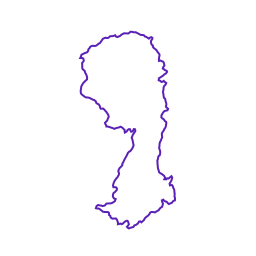 Guaratinguetá, São Paulo, Brazil, rotated 22°
{"feature_id": "56859067B12081064634650", "entity_name": "Guaratinguetá", "entity_type": "district", "adm_level": 2, "iso_a3": "BRA", "parent_name": "Brazil", "parent_adm1": "São Paulo", "projection": "equal_earth", "projection_center": [-45.213, -22.813], "detail": "fine", "context": "isolated", "style": "outline", "palette": "violet", "viewbox_px": 256, "rotation_deg": 22, "n_neighbors": 0, "source": "geoboundaries", "source_scale": "gbopen_adm2", "svg_char_len": 4589}
<svg xmlns="http://www.w3.org/2000/svg" viewBox="0 0 256 256"><g transform="rotate(22 128 128)"><path d="M71.3,54.7L70.6,57.9L70.1,59.9L69.2,60.8L67.9,63.3L66.4,64.5L64.9,64.8L63.6,65.5L62.6,66.8L62.4,68.4L61.8,69.9L62.2,71.7L61.6,73.3L60.0,74.6L59.0,75.7L57.4,77.5L57.6,79.7L57.5,81.0L59.6,80.2L60.6,80.4L61.8,82.1L61.6,83.6L61.1,85.0L62.1,87.0L62.7,88.7L63.7,90.3L64.7,90.7L66.5,91.3L67.8,93.0L69.3,94.1L70.4,95.4L71.3,96.7L71.8,98.3L70.8,100.3L69.6,103.4L69.1,106.8L69.6,108.7L69.9,110.2L70.3,111.5L71.4,113.6L73.1,114.4L74.6,114.8L76.1,115.2L77.7,115.4L79.2,114.8L80.8,114.5L84.9,114.9L86.0,114.7L88.1,115.3L89.3,116.7L90.6,117.0L91.9,117.0L93.7,118.2L94.4,119.4L95.4,120.3L96.7,119.8L97.7,119.3L99.1,119.8L100.6,120.6L101.8,121.1L102.8,121.9L104.0,122.6L105.1,123.6L106.0,125.0L105.8,126.8L105.9,129.0L105.3,130.4L104.7,131.8L105.5,132.8L106.6,133.5L107.4,134.7L108.7,134.2L111.3,134.0L112.8,133.9L114.6,133.8L115.9,133.8L116.7,132.8L117.9,131.9L119.5,130.8L120.6,129.6L121.9,129.7L123.1,130.0L124.3,130.6L125.6,131.0L126.1,132.4L126.8,133.4L128.1,131.7L128.4,130.0L129.1,128.8L130.3,128.4L131.3,129.5L132.3,130.3L133.5,129.5L133.8,126.8L134.8,126.5L135.9,127.8L135.7,129.7L135.4,131.0L135.0,132.4L135.1,133.8L135.0,135.5L136.0,136.6L137.1,138.0L139.7,142.0L139.7,143.7L139.6,145.6L138.8,148.6L137.9,149.5L137.2,151.3L137.2,153.4L137.0,155.2L136.8,156.6L136.5,158.9L136.4,161.6L136.1,163.3L136.7,164.5L136.1,166.4L135.2,168.4L135.0,170.2L135.2,171.7L136.7,173.4L137.0,174.8L136.8,176.2L136.6,177.9L136.1,179.0L135.7,180.6L135.4,182.1L135.3,184.4L135.6,186.9L136.7,188.4L137.9,187.8L139.4,187.5L140.5,188.4L140.8,189.7L139.8,192.5L139.0,193.6L139.0,195.4L139.7,197.3L141.3,198.5L143.2,198.5L143.2,200.8L142.1,202.5L141.1,203.7L139.9,204.5L138.1,205.3L136.3,206.2L135.6,208.4L134.6,209.3L133.5,210.0L132.5,209.9L131.0,210.3L129.1,210.6L128.1,212.2L128.3,214.4L129.6,214.2L130.9,213.7L131.9,213.7L133.1,214.1L134.2,214.4L135.9,215.0L137.3,214.8L138.6,214.3L139.9,213.9L141.0,213.4L142.3,214.0L143.1,215.8L144.5,216.1L145.6,217.6L147.5,217.9L149.1,217.1L150.7,216.4L152.0,217.1L153.1,218.3L154.2,219.5L154.7,221.0L155.9,220.2L157.1,219.3L158.1,219.6L159.0,218.7L159.6,217.2L160.5,215.5L161.8,214.3L162.9,214.5L163.7,215.5L164.9,216.9L164.6,218.6L164.0,220.0L165.0,220.5L166.3,220.8L168.4,219.0L170.1,217.7L170.4,215.9L171.9,214.6L173.0,212.7L173.2,210.7L174.3,210.0L175.7,210.5L176.4,209.1L177.3,207.3L177.4,205.6L178.2,203.7L179.4,201.8L180.2,199.6L180.2,198.2L181.0,197.2L182.2,196.7L183.2,196.4L184.6,196.2L185.6,194.8L186.5,193.6L187.3,192.7L187.5,191.4L188.0,189.9L189.1,188.4L189.0,186.3L188.6,184.8L187.4,183.7L186.5,182.4L187.6,181.2L188.9,181.9L190.1,182.1L191.4,181.9L193.3,182.9L194.4,183.2L195.4,182.1L196.7,180.9L197.1,179.3L197.7,178.2L198.6,177.6L198.2,176.3L197.7,175.1L196.8,174.2L196.3,172.6L195.8,171.2L195.1,170.2L194.4,168.6L193.5,167.4L192.5,166.7L191.5,165.3L190.0,164.4L188.4,165.5L187.4,164.0L187.7,162.3L187.9,160.7L187.8,159.1L187.6,157.4L186.3,156.4L185.4,158.0L184.5,159.7L183.2,160.0L182.7,161.3L180.9,161.9L181.1,160.2L180.0,159.4L179.2,158.7L177.9,158.4L176.6,158.0L174.8,157.8L173.5,157.4L172.7,156.3L171.5,154.9L170.4,153.4L169.7,151.8L168.8,150.3L168.2,148.6L167.4,147.3L167.4,145.9L167.0,144.4L166.9,142.5L167.6,141.5L167.4,139.7L166.7,137.8L165.5,136.2L164.4,135.0L163.9,132.9L163.2,130.9L162.9,128.9L163.2,127.6L163.1,125.6L163.2,123.8L162.2,122.1L161.4,120.3L161.6,118.9L162.0,117.3L162.1,115.2L162.5,113.8L162.4,112.1L162.0,110.5L161.7,108.9L160.9,108.0L159.6,107.8L158.4,106.8L157.2,106.4L156.1,106.2L155.0,105.7L154.3,103.8L154.6,101.5L154.9,100.1L155.4,98.7L156.8,97.6L158.0,96.8L158.0,95.2L156.6,94.7L155.2,94.1L154.7,91.5L153.6,90.0L152.7,88.9L151.5,87.0L150.0,86.5L149.0,84.9L147.9,82.9L146.9,81.6L146.7,80.0L146.3,78.5L145.8,77.1L145.8,75.7L146.6,73.5L146.6,71.9L144.5,71.5L143.5,70.9L142.8,72.0L141.8,72.8L140.3,72.2L138.6,72.3L138.0,70.4L139.1,68.9L140.0,67.6L140.9,66.3L141.6,64.6L142.8,63.2L143.2,61.3L142.4,60.5L140.4,60.5L139.1,59.9L138.0,59.9L137.8,58.5L138.4,56.5L137.3,54.9L136.6,53.9L135.4,53.3L134.2,53.4L132.8,53.3L131.6,54.2L130.9,52.8L130.4,50.9L130.1,49.0L129.6,48.0L128.4,47.2L126.8,46.4L125.5,45.3L124.3,44.8L122.5,44.3L121.1,43.8L120.1,42.2L118.9,41.9L117.6,40.7L117.0,39.6L116.7,38.2L117.2,36.6L116.9,35.3L115.7,35.0L114.6,35.8L113.9,37.3L110.8,36.7L109.4,36.8L107.8,36.0L104.9,36.9L99.3,36.3L97.6,37.1L95.8,37.3L94.3,37.8L93.0,40.2L88.8,41.7L86.8,44.1L86.3,45.4L84.3,47.5L82.9,47.8L81.3,46.8L80.4,47.8L79.4,48.5L77.1,49.6L76.0,51.8L74.4,52.6L73.2,52.7L71.3,54.7Z" fill="none" stroke="#5b21b6" stroke-width="2"/></g></svg>